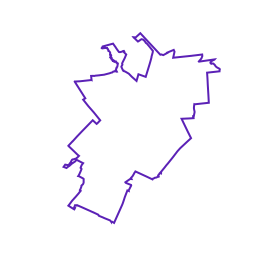 Pantelimon, Constanta, Romania (Albers equal-area conic projection), rotated 201°
{"feature_id": "2599482B44343640744399", "entity_name": "Pantelimon", "entity_type": "district", "adm_level": 2, "iso_a3": "ROU", "parent_name": "Romania", "parent_adm1": "Constanta", "projection": "albers", "projection_center": [28.363, 44.596], "detail": "fine", "context": "isolated", "style": "outline", "palette": "violet", "viewbox_px": 256, "rotation_deg": 201, "n_neighbors": 0, "source": "geoboundaries", "source_scale": "gbopen_adm2", "svg_char_len": 5328}
<svg xmlns="http://www.w3.org/2000/svg" viewBox="0 0 256 256"><g transform="rotate(201 128 128)"><path d="M175.0,95.7L177.3,90.0L177.2,89.9L172.6,88.0L165.8,85.1L164.4,84.6L163.8,84.4L164.2,83.6L164.4,83.0L164.8,82.1L165.1,81.8L165.2,81.4L165.4,81.0L166.6,80.1L167.9,79.0L168.6,78.7L168.9,78.1L169.1,76.8L169.2,75.5L169.7,73.9L169.8,73.0L169.9,72.8L170.9,71.8L173.5,71.3L174.2,68.6L171.1,68.6L169.9,70.7L169.1,71.7L169.1,71.8L167.4,75.0L167.4,75.4L167.0,75.5L165.4,77.8L165.2,78.2L164.8,79.9L159.5,79.3L157.3,79.1L158.0,76.6L158.0,73.8L157.9,73.7L157.2,73.5L156.9,73.3L156.7,73.1L156.7,72.9L156.7,70.8L156.9,67.1L157.2,65.3L156.8,65.4L156.5,65.4L151.8,64.8L151.3,64.6L151.1,64.5L150.3,62.2L150.0,61.7L149.9,61.1L149.8,60.3L149.9,59.3L150.6,58.0L150.8,57.4L150.6,57.1L150.5,56.3L150.5,54.7L150.5,53.6L150.7,52.7L150.2,52.3L149.9,52.2L149.7,52.2L149.8,51.7L150.4,50.4L150.5,49.7L151.5,46.9L152.4,44.4L152.6,44.0L152.7,43.6L153.1,42.8L153.2,42.3L153.8,40.9L154.3,39.4L155.2,36.1L155.8,34.1L152.4,33.4L150.3,33.0L149.0,32.8L148.8,34.5L149.8,34.8L149.7,37.0L148.0,37.2L147.9,37.7L143.1,37.5L128.5,36.7L124.6,36.4L124.1,35.8L123.7,35.6L119.3,35.5L117.9,35.4L111.8,35.3L111.4,35.2L110.9,34.9L110.3,34.5L110.1,34.4L109.9,34.5L109.8,34.4L109.8,34.6L109.2,34.8L107.0,34.4L106.0,52.6L105.9,54.4L105.9,56.1L106.1,60.6L106.2,61.9L106.2,63.1L106.2,66.0L106.2,69.5L104.8,69.5L105.0,69.8L105.0,70.0L104.4,75.4L104.5,75.6L104.7,75.9L104.9,75.9L110.3,76.0L110.6,76.1L111.0,76.4L107.7,81.2L106.4,81.6L107.3,82.5L106.5,84.6L106.3,85.7L106.0,87.5L106.0,88.1L105.6,89.4L105.5,90.1L93.4,89.3L86.7,88.8L86.6,89.6L86.4,89.7L85.4,90.7L85.3,91.0L84.6,91.5L84.2,91.6L83.4,92.3L82.8,93.1L82.6,93.2L82.2,93.3L81.9,93.6L82.9,94.6L82.3,95.9L82.4,96.5L82.0,97.6L81.7,97.9L81.3,98.0L81.3,97.9L81.1,97.7L80.9,97.6L80.9,97.8L81.1,98.0L81.3,98.4L81.6,98.5L81.1,99.9L79.7,104.1L78.8,107.1L78.1,109.0L75.7,116.5L73.5,124.0L72.0,127.9L68.1,135.9L65.5,141.1L71.2,146.3L81.3,155.8L73.3,159.3L70.3,160.7L71.0,162.0L71.3,162.0L71.4,162.4L70.8,162.5L71.5,166.6L71.7,167.1L73.0,169.1L73.5,170.0L73.9,171.1L74.4,173.0L74.6,174.0L74.3,174.0L61.6,180.5L64.5,187.0L68.9,196.7L71.5,202.6L74.0,208.0L62.9,213.7L63.1,214.1L63.2,215.3L63.3,215.6L63.5,215.9L63.8,216.1L66.4,216.4L67.8,216.8L68.7,217.3L69.6,218.0L70.6,218.4L71.4,218.7L71.6,218.7L72.2,218.5L72.6,218.3L73.2,217.8L73.4,217.8L73.6,218.0L74.1,218.1L74.4,218.4L74.6,218.9L73.5,221.1L71.8,222.8L71.7,223.1L85.5,215.4L85.7,215.5L84.4,219.2L84.4,221.4L84.4,221.8L85.1,223.2L91.1,220.0L93.6,218.7L94.3,218.3L111.0,209.8L111.9,215.8L112.0,216.0L113.3,217.3L117.5,213.3L117.4,213.3L117.8,212.6L121.2,208.7L123.3,208.6L123.9,208.2L124.1,208.0L150.5,220.9L153.3,215.3L155.4,214.7L155.1,214.5L154.2,214.2L153.9,214.1L151.7,213.1L149.7,212.3L148.4,214.0L148.1,214.7L147.1,215.8L145.4,215.9L144.9,215.7L143.8,215.2L142.7,214.5L142.2,214.1L141.5,213.7L140.9,213.7L137.6,211.9L132.4,208.9L132.0,207.3L131.6,203.0L131.4,202.4L131.0,198.8L130.7,195.2L130.3,189.4L129.8,182.1L137.5,181.9L136.9,175.0L142.8,177.2L146.7,179.0L150.9,179.7L152.6,179.6L152.8,180.1L153.4,180.1L153.6,180.2L155.9,182.5L156.1,182.7L156.2,183.0L155.9,185.1L156.0,185.2L156.6,186.1L156.6,186.6L156.6,187.1L156.1,192.1L156.0,196.0L158.7,197.2L158.7,197.5L158.8,198.0L159.5,198.5L160.1,198.1L160.0,197.8L160.4,197.6L162.1,196.3L162.8,195.9L163.6,195.7L164.0,195.9L166.2,197.3L167.8,198.4L168.7,199.1L169.5,199.6L172.2,201.4L180.9,195.0L180.9,194.1L181.1,193.6L181.2,193.4L181.1,193.1L180.7,193.2L180.7,193.3L180.3,193.2L179.9,193.4L179.9,193.6L179.9,193.8L179.0,194.4L178.8,194.5L178.5,194.8L178.2,194.4L177.9,194.6L177.7,194.7L177.2,194.9L176.9,194.8L176.7,194.9L176.4,195.1L176.2,195.2L176.0,194.8L175.5,194.7L175.2,194.4L174.9,194.4L174.2,193.6L174.1,193.4L174.1,193.2L173.8,193.1L173.7,192.9L173.3,193.0L173.0,192.9L172.3,192.5L171.9,192.1L171.7,192.0L171.5,191.5L171.4,191.1L171.3,190.9L170.9,190.6L171.1,190.1L171.0,189.9L170.9,189.8L170.3,190.0L170.0,190.0L169.7,189.6L169.8,189.5L170.1,189.5L170.3,189.4L170.3,189.2L169.8,188.7L169.7,188.6L169.8,188.4L169.9,188.2L169.9,187.9L169.5,188.1L169.0,187.9L169.1,187.6L169.2,187.3L169.1,187.2L168.8,187.3L168.7,187.4L168.5,187.5L168.3,187.5L168.1,187.2L168.5,187.1L168.6,186.9L168.4,186.6L168.0,186.4L167.7,186.0L167.1,186.1L166.8,186.1L166.7,186.0L166.4,186.2L166.2,186.1L166.4,185.7L166.4,185.4L166.2,185.1L165.6,185.3L165.2,185.2L164.8,185.0L164.6,185.3L164.5,185.5L164.4,185.4L164.3,185.2L164.1,185.0L163.9,185.1L163.8,185.3L163.9,185.5L163.6,185.5L163.4,185.7L163.2,185.8L162.9,185.5L162.5,185.4L162.4,185.3L162.4,185.0L162.0,184.7L161.1,184.8L160.7,184.7L160.4,184.3L160.5,184.0L160.5,183.5L160.3,183.1L160.3,182.9L160.2,182.7L160.0,181.8L160.0,181.0L160.4,180.4L160.4,180.2L160.1,179.7L160.1,179.4L160.3,178.9L160.3,178.7L159.9,177.9L159.8,177.6L159.5,177.3L159.4,177.1L158.9,176.9L158.6,176.6L158.8,176.5L159.1,176.6L159.6,176.7L159.8,176.9L160.2,177.0L160.4,176.9L160.2,176.3L161.9,175.5L162.1,175.2L162.5,174.3L163.0,174.0L163.8,173.4L164.8,172.5L169.4,169.2L173.4,167.1L173.5,167.0L177.3,165.1L178.3,164.4L179.0,164.3L181.1,163.4L179.2,159.7L179.3,159.7L189.6,154.4L194.1,152.4L194.4,152.3L194.4,152.2L178.5,140.4L180.0,138.4L172.9,134.2L165.5,130.3L156.7,125.2L158.2,121.6L158.8,120.6L163.7,122.6L170.0,107.9L172.5,101.9L174.9,95.7L175.0,95.7Z" fill="none" stroke="#5b21b6" stroke-width="2"/></g></svg>